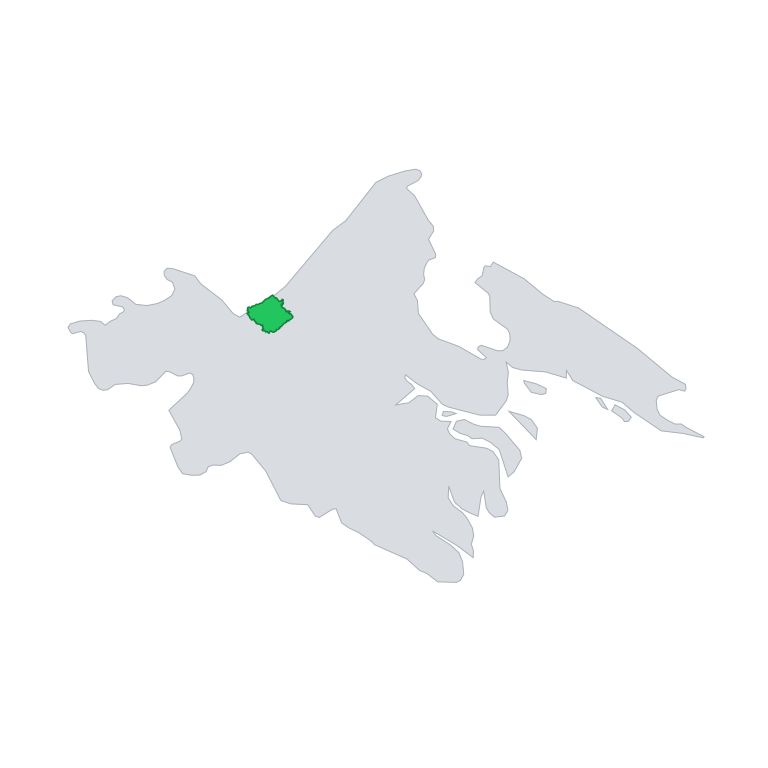 location of Sherpur, Dhaka, Bangladesh, rotated 312°
{"feature_id": "16705992B90842308963557", "entity_name": "Sherpur", "entity_type": "district", "adm_level": 2, "iso_a3": "BGD", "parent_name": "Bangladesh", "parent_adm1": "Dhaka", "projection": "albers", "projection_center": [90.083, 25.092], "detail": "fine", "context": "in_parent", "style": "filled", "palette": "green", "viewbox_px": 768, "rotation_deg": 312, "n_neighbors": 0, "source": "geoboundaries", "source_scale": "gbopen_adm2", "svg_char_len": 8963}
<svg xmlns="http://www.w3.org/2000/svg" viewBox="0 0 768 768"><g transform="rotate(312 384 384)"><path d="M269.3,535.4L269.3,518.2L258.2,484.3L258.8,480.6L256.6,464.3L253.8,455.2L252.4,445.6L259.3,431.8L256.6,429.5L241.6,425.2L239.9,421.6L243.2,408.0L232.6,395.0L228.4,385.3L240.2,354.3L243.4,332.7L242.5,328.6L235.6,323.6L223.2,321.5L214.5,317.4L209.4,311.2L205.1,308.7L199.7,310.4L192.9,308.0L187.2,301.8L182.6,294.3L184.5,286.3L193.8,267.3L197.2,266.8L204.9,270.6L207.8,270.6L213.1,263.2L220.5,241.7L245.4,243.9L251.4,243.2L257.7,241.6L261.1,238.9L263.0,235.5L262.4,232.5L254.8,228.3L251.9,225.3L249.8,216.7L247.6,213.4L232.6,212.8L224.8,208.8L220.6,205.2L213.1,193.3L203.8,184.5L194.8,182.4L191.4,179.5L189.6,175.0L190.8,168.6L195.5,156.2L220.5,129.8L221.2,126.8L220.2,123.4L213.1,119.0L212.6,116.9L214.7,111.3L218.8,110.7L227.3,115.9L235.8,124.2L240.9,131.6L241.0,137.4L247.7,138.7L253.3,141.3L259.1,140.6L262.9,142.0L265.4,141.5L266.4,138.2L261.6,129.7L264.0,126.2L269.6,126.5L273.7,129.6L276.6,136.2L277.1,146.2L283.7,155.4L292.4,161.9L299.2,164.9L307.5,167.1L314.6,165.1L318.1,158.7L316.6,153.1L317.7,148.0L320.5,145.2L324.9,145.4L328.2,149.4L337.8,171.2L335.8,180.9L337.9,207.3L335.4,224.8L336.9,231.5L338.6,232.7L353.2,236.0L374.3,242.9L390.5,245.4L463.8,243.1L479.8,246.3L528.6,243.1L542.0,248.5L556.6,257.3L564.9,263.9L566.5,267.8L565.6,271.1L562.9,272.9L557.9,273.1L546.3,268.9L544.4,270.2L544.4,280.7L535.4,307.1L534.2,315.2L531.0,318.5L521.3,320.3L515.0,335.7L512.4,337.6L506.0,334.3L502.0,334.9L497.1,336.4L492.1,340.0L488.7,344.4L484.8,345.9L471.1,345.8L468.5,352.9L459.5,362.3L453.5,387.0L454.0,394.5L461.9,414.1L467.4,439.5L469.5,442.1L472.1,442.3L472.2,430.6L474.7,429.1L477.9,430.4L484.6,446.1L488.3,450.0L494.1,451.1L500.7,448.6L505.5,443.9L507.4,438.9L505.5,421.8L508.5,414.8L519.6,404.2L521.2,401.0L520.3,383.8L524.5,383.2L530.2,384.5L537.3,380.3L539.5,380.2L542.6,384.5L547.7,383.7L555.9,417.6L557.0,441.7L559.0,455.0L561.8,457.9L570.7,477.8L580.0,548.2L581.8,592.9L585.4,608.1L582.7,611.5L579.9,612.2L577.2,606.9L558.6,595.9L554.1,597.2L547.9,603.8L545.5,610.0L546.7,618.6L548.9,627.0L553.3,631.8L553.8,637.1L559.0,657.2L557.6,657.3L547.3,639.2L534.7,621.4L530.2,589.1L529.8,573.2L521.1,554.6L512.9,522.0L516.2,510.4L510.4,515.5L501.1,496.0L486.5,476.9L482.3,468.5L482.0,460.2L475.9,468.6L467.6,474.5L459.2,483.4L453.5,486.1L435.5,487.8L425.0,476.1L410.0,447.4L408.0,440.9L409.9,423.9L406.3,407.9L405.2,393.8L402.6,395.1L401.6,399.0L402.1,404.9L401.1,409.9L376.2,406.7L386.8,415.1L398.2,417.1L404.2,424.6L404.6,437.1L393.4,444.8L394.4,451.1L401.0,458.9L393.1,461.1L390.9,466.1L390.8,473.4L396.3,484.4L395.4,488.8L404.9,503.2L406.7,510.2L404.4,520.0L384.0,540.0L378.0,554.1L373.0,560.7L366.6,561.9L358.9,555.2L358.8,548.4L360.4,542.9L371.1,529.8L365.3,531.5L348.6,542.4L345.5,533.6L343.4,525.4L343.4,515.4L351.4,500.4L342.3,507.9L339.8,517.2L340.9,528.2L339.7,536.0L336.1,546.1L331.3,552.2L323.4,556.1L319.9,562.1L314.6,566.5L312.8,546.0L307.3,518.4L306.1,524.3L308.9,541.5L308.7,552.6L304.4,561.4L295.7,570.8L289.0,572.1L285.1,570.6L272.9,556.3L271.9,542.8L269.3,535.4ZM421.0,536.0L405.8,539.4L398.0,538.4L412.4,513.5L411.9,502.4L409.6,493.3L402.2,486.0L401.7,480.8L398.4,473.8L396.7,465.4L404.8,462.8L411.5,467.5L413.9,476.9L417.2,484.0L428.8,498.5L428.6,507.4L425.6,529.3L421.0,536.0ZM453.8,527.6L444.5,534.3L447.3,495.1L454.3,509.6L456.1,517.4L453.8,527.6ZM489.2,507.7L485.2,510.5L481.4,508.1L476.4,499.0L478.7,487.3L480.2,485.6L486.2,497.5L489.2,507.7ZM524.8,590.0L519.5,590.5L516.9,587.7L518.0,583.8L516.4,571.1L523.2,569.7L525.8,580.3L524.8,590.0ZM518.4,554.5L514.7,567.2L513.0,561.6L515.6,550.5L518.4,554.5ZM408.8,453.3L410.3,457.4L401.8,452.2L399.5,448.4L403.3,446.5L408.8,453.3Z" fill="#d9dde1" stroke="#a8b0b8" stroke-width="1"/><path d="M369.6,271.3L370.7,271.6L371.4,271.7L371.7,271.6L371.9,271.7L372.6,271.6L372.9,271.4L373.1,271.2L373.3,270.7L373.4,270.4L373.3,270.2L373.2,269.8L373.4,269.6L373.5,269.4L373.5,269.1L373.6,268.7L373.7,268.3L373.9,267.5L373.9,267.3L373.8,267.2L373.5,267.1L373.3,266.8L373.0,266.7L373.2,266.4L372.9,266.2L372.8,265.9L372.8,265.7L373.1,265.3L373.4,265.3L373.6,265.3L373.9,265.6L374.3,265.6L374.7,265.5L375.0,265.6L374.9,265.0L374.8,264.6L374.7,264.5L374.3,264.2L373.6,264.0L373.7,263.5L373.4,263.4L373.2,263.3L373.1,263.8L372.8,263.7L372.5,263.6L372.4,263.3L372.3,263.2L372.3,262.7L373.0,261.9L372.7,261.8L372.8,261.6L373.2,261.3L373.2,261.1L373.3,260.8L373.3,260.6L373.4,260.2L373.5,260.1L373.5,259.6L373.5,259.2L373.4,259.1L373.3,258.9L373.4,258.6L373.3,258.4L373.1,258.3L372.9,258.1L372.9,257.8L373.1,257.7L373.0,257.4L373.0,257.2L373.0,256.9L373.0,256.7L372.8,256.4L372.9,256.1L373.0,255.9L373.2,255.7L373.3,255.7L373.2,255.6L373.2,255.4L373.3,255.4L373.5,255.5L373.9,255.5L374.1,255.1L374.3,255.0L374.2,254.7L374.4,254.4L374.6,254.4L374.8,254.3L375.0,254.4L375.0,254.7L375.1,254.9L375.2,255.2L375.3,255.4L375.5,255.5L375.9,255.3L376.1,255.4L376.3,255.3L376.4,255.1L376.5,255.0L376.8,255.1L377.0,254.9L376.9,254.7L377.0,254.6L377.3,254.3L377.3,254.2L377.4,253.9L377.2,253.6L377.2,253.3L377.2,253.1L377.4,253.0L377.9,253.1L378.0,253.1L378.4,252.7L378.6,252.9L378.8,252.9L378.9,253.0L379.0,252.9L378.9,252.6L379.0,252.5L379.0,252.3L378.9,252.3L378.6,252.3L378.4,252.3L378.4,252.0L378.4,251.8L378.2,251.9L377.6,252.5L377.4,252.6L377.2,252.5L377.3,252.3L377.2,252.3L376.9,251.9L376.6,251.5L376.2,251.5L375.9,251.3L375.5,251.3L375.4,251.1L375.3,250.7L375.2,250.4L375.4,250.1L375.4,249.6L375.4,249.1L375.5,248.9L375.5,248.6L375.7,247.8L375.6,247.5L375.6,247.4L375.9,247.4L376.0,247.3L376.0,247.2L375.9,247.0L375.9,246.4L375.8,246.2L375.4,246.0L375.4,245.8L375.3,245.6L375.4,245.4L375.1,245.0L375.2,244.8L375.1,244.5L375.2,244.2L375.3,243.8L375.4,243.0L375.5,242.8L375.5,242.5L375.4,242.1L375.5,241.8L375.1,241.7L374.8,241.5L374.6,241.4L374.2,241.5L373.8,241.2L372.9,241.0L372.5,241.1L372.4,241.3L372.2,241.4L372.0,241.1L371.7,240.8L371.4,240.9L371.4,241.0L370.8,240.7L370.7,240.5L369.6,240.4L369.3,240.2L369.0,240.0L367.6,239.3L366.9,239.3L366.4,239.2L364.6,239.2L363.8,239.0L363.3,239.1L363.2,239.2L362.5,239.1L361.9,238.7L361.5,238.3L361.4,238.2L361.2,238.1L360.9,237.9L360.6,237.8L359.8,237.6L359.2,237.3L358.8,236.9L358.0,236.4L357.7,235.7L356.9,235.7L356.6,235.7L356.1,235.7L355.7,235.6L355.6,235.4L354.7,234.9L354.5,234.6L353.7,234.2L353.2,233.8L352.8,234.1L352.7,234.2L351.6,233.9L351.2,233.8L351.2,232.9L350.9,232.3L350.0,231.6L349.8,231.7L349.8,231.8L349.4,231.8L349.0,231.9L348.6,232.3L348.5,232.7L348.4,232.6L348.2,232.8L347.9,233.0L347.5,232.9L347.3,233.0L347.0,233.3L346.9,233.5L347.0,233.7L347.1,233.8L347.2,234.0L346.8,234.8L346.8,235.2L347.0,235.7L346.4,235.8L346.1,235.8L346.0,235.7L345.8,235.3L345.7,235.2L345.4,235.2L345.3,235.3L344.8,235.2L344.8,235.3L344.7,235.4L344.7,235.8L344.6,236.8L344.4,237.0L344.5,237.2L344.4,237.4L344.5,237.6L344.5,237.8L344.2,238.4L344.2,238.7L344.2,239.0L343.7,239.4L343.7,239.6L343.7,239.8L343.4,240.1L343.5,240.3L343.4,240.6L343.3,240.9L343.2,242.3L343.1,242.6L343.1,243.0L343.8,243.4L344.1,243.3L344.3,243.3L344.5,243.3L344.7,243.6L345.0,243.9L345.2,244.2L344.6,244.6L344.4,245.0L344.3,245.4L344.5,245.4L344.4,245.7L344.3,246.0L344.2,246.4L344.2,246.5L344.4,246.6L344.4,246.8L344.2,247.1L344.3,247.4L344.2,247.7L343.9,247.8L343.7,247.9L343.8,248.1L343.8,248.3L343.8,248.5L344.0,248.7L343.9,249.1L344.0,249.3L343.8,249.4L343.8,249.7L344.0,249.9L344.1,250.0L344.3,250.1L344.7,251.0L345.5,252.0L345.5,252.5L345.4,252.9L345.4,253.1L345.2,253.4L345.2,253.6L345.4,253.9L345.7,254.0L345.7,254.3L345.8,254.4L346.4,254.5L345.6,255.5L345.4,255.7L345.1,255.8L344.7,256.3L344.8,256.5L344.7,257.2L344.4,257.1L344.1,257.1L342.8,257.0L342.7,257.1L342.8,257.2L342.7,257.5L342.7,257.8L342.6,258.2L342.5,258.5L343.6,258.6L343.6,259.0L343.4,259.4L343.4,259.7L343.7,260.3L343.9,260.6L343.9,260.9L343.8,261.2L343.6,261.5L343.9,261.5L344.0,261.3L344.5,261.5L344.6,261.8L344.7,262.3L344.7,263.0L344.7,263.8L344.6,264.4L344.7,264.6L344.9,264.7L345.0,264.7L345.5,264.4L346.1,264.2L347.0,264.1L347.5,264.3L347.7,264.5L347.7,264.9L347.9,265.1L347.9,265.7L348.1,266.1L348.1,266.7L348.4,267.1L348.6,267.4L349.1,267.6L349.8,267.8L350.1,267.8L350.4,267.9L350.9,268.2L351.2,268.3L351.3,268.3L351.5,268.0L351.7,267.9L351.9,267.9L352.5,267.7L352.7,267.8L352.9,268.0L353.0,268.4L353.3,268.7L353.9,268.9L354.1,268.9L354.8,269.0L355.3,269.1L355.3,268.6L356.0,268.2L355.8,268.5L355.6,268.8L355.6,269.0L356.2,269.0L356.8,268.9L356.8,268.7L357.1,268.7L357.3,268.7L357.4,268.9L357.5,269.0L358.0,269.2L358.3,269.3L358.6,269.3L359.8,269.1L360.3,269.2L360.6,269.3L361.0,269.3L361.4,269.3L361.7,269.2L362.2,269.1L362.9,269.4L363.2,269.7L363.6,269.7L363.8,269.9L364.2,270.0L364.5,270.0L364.9,269.8L365.0,269.8L365.0,270.0L365.3,269.9L365.6,269.6L366.0,269.5L366.1,269.4L366.3,269.6L366.5,269.8L366.3,270.4L366.4,270.5L366.5,270.6L366.8,270.7L367.4,270.7L367.5,271.0L368.5,270.9L369.0,271.1L369.3,271.2L369.4,271.3L369.6,271.3Z" fill="#22c55e" stroke="#15803d" stroke-width="1.5"/></g></svg>